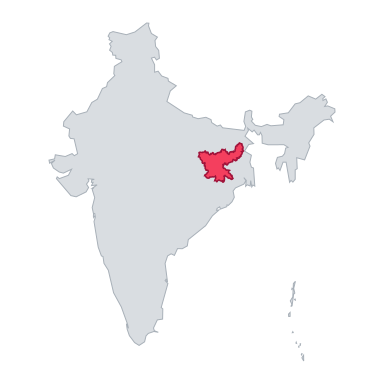 India, with Jharkhand highlighted
{"feature_id": "IND-3256", "entity_name": "Jharkhand", "entity_type": "State", "adm_level": 1, "iso_a3": "IND", "parent_name": "India", "parent_adm1": "", "projection": "natural_earth1", "projection_center": [85.779, 23.655], "detail": "fine", "context": "in_parent", "style": "filled", "palette": "rose", "viewbox_px": 384, "rotation_deg": 0, "n_neighbors": 0, "source": "natural_earth", "source_scale": "10m", "svg_char_len": 9146}
<svg xmlns="http://www.w3.org/2000/svg" viewBox="0 0 384 384"><path d="M49.0,160.1L54.6,158.9L55.3,154.8L65.3,156.5L72.1,153.6L74.3,155.7L77.6,153.7L74.1,138.8L70.4,138.4L68.9,136.0L69.6,128.9L63.4,126.1L63.8,121.7L72.7,111.0L76.4,114.8L86.9,111.8L91.8,102.5L97.4,99.2L102.4,88.5L106.6,86.7L107.5,82.6L114.8,75.6L113.8,73.8L114.4,66.3L121.9,61.7L121.1,59.8L115.9,58.4L115.7,55.3L112.8,55.1L112.4,52.5L109.6,50.2L111.1,46.4L109.5,43.9L112.2,41.3L109.0,39.7L109.7,37.9L108.1,36.2L109.8,32.9L113.0,31.6L126.4,34.7L134.9,32.0L146.6,23.0L148.9,23.2L148.5,25.9L151.4,33.5L157.4,37.1L155.0,40.5L155.6,46.5L158.7,50.4L159.4,58.3L156.5,60.0L154.5,57.2L151.4,58.1L154.6,64.7L154.6,72.2L158.1,71.2L161.7,76.0L168.0,78.4L168.4,81.1L176.3,85.8L170.3,90.9L166.9,101.5L184.2,112.9L192.2,115.2L192.7,117.0L198.1,118.7L205.9,117.3L211.0,119.6L211.7,122.6L217.1,126.1L220.4,125.0L222.6,127.8L244.1,130.4L245.7,126.4L243.9,121.5L245.4,111.9L249.7,110.2L251.9,111.2L251.4,117.0L252.8,119.4L251.3,121.0L255.3,125.3L261.4,126.6L267.0,124.4L270.9,125.8L283.2,124.8L283.9,119.7L279.1,116.5L279.5,114.2L288.3,112.8L295.1,103.9L300.0,102.7L308.2,95.9L315.7,99.1L321.9,94.3L325.0,96.6L322.8,98.6L323.0,100.5L325.9,98.9L327.4,102.3L324.6,106.5L327.7,105.9L334.8,108.8L335.0,112.1L330.6,116.2L333.0,121.8L329.3,119.2L324.0,120.0L313.8,127.9L314.0,134.4L308.7,142.9L310.0,146.1L304.6,159.9L296.7,157.7L297.2,168.7L295.2,169.9L295.2,179.3L292.9,182.1L291.0,180.4L289.6,182.3L286.1,162.2L283.0,162.2L280.0,170.5L278.2,167.9L277.0,169.0L275.5,163.4L277.4,157.4L282.4,156.2L284.6,153.6L285.7,148.1L288.1,147.3L283.9,144.7L268.1,144.8L262.2,143.2L262.0,135.6L260.5,132.4L259.3,134.8L257.6,134.8L254.1,130.1L252.2,131.9L247.7,128.2L248.4,130.5L245.0,136.2L253.5,143.6L248.7,144.5L244.5,151.1L251.4,155.2L249.9,162.3L251.4,167.2L253.5,168.0L254.8,186.1L252.9,185.0L251.8,186.9L250.7,180.6L250.2,186.0L247.2,184.8L245.6,186.3L246.3,180.4L243.8,177.6L245.9,180.6L243.9,184.1L235.5,187.9L233.1,191.0L234.3,197.3L232.0,201.8L228.3,205.4L227.0,204.9L226.8,206.7L220.4,209.1L219.7,206.8L217.1,208.4L216.5,210.3L219.1,209.9L212.4,215.8L205.7,225.6L188.3,239.6L187.3,245.9L182.3,248.7L177.5,248.6L174.4,255.4L171.1,253.8L167.6,255.9L165.1,263.4L167.5,282.0L166.0,279.3L165.1,280.6L167.9,283.5L161.2,307.5L162.8,308.9L162.6,319.1L157.3,319.9L153.5,328.0L154.3,330.7L158.3,332.3L153.9,331.5L148.3,333.4L146.0,335.9L144.6,341.8L139.1,345.4L134.6,342.6L129.4,335.7L127.2,329.3L126.4,323.7L128.5,328.3L127.4,323.8L121.3,306.9L113.6,292.8L108.3,270.2L104.0,263.4L103.0,256.5L101.4,255.9L98.2,247.1L94.0,221.5L95.4,217.0L95.1,215.5L93.7,217.6L93.4,216.3L93.5,213.8L95.3,214.0L93.3,213.0L92.2,207.5L94.7,197.6L92.2,189.4L93.3,188.2L92.1,188.3L97.1,184.9L91.5,185.6L93.1,182.3L91.4,182.3L91.7,180.1L94.3,179.3L88.1,178.8L88.9,180.9L86.5,184.1L88.6,187.5L86.1,191.9L76.2,196.8L70.9,195.6L56.4,178.6L57.2,176.9L59.4,178.6L68.4,175.3L71.6,169.2L63.4,173.1L59.2,172.0L53.4,168.0L51.4,163.5L55.0,160.2L49.6,163.2L49.0,160.1ZM292.2,304.9L290.3,300.9L292.8,296.8L293.4,283.5L295.4,281.3L293.7,288.4L294.8,293.1L293.6,294.3L292.2,304.9ZM303.6,355.2L303.7,361.0L301.9,357.8L303.6,355.2ZM290.1,316.4L288.7,316.5L288.5,314.1L290.1,312.4L290.1,316.4ZM299.0,346.1L298.9,347.8L298.6,346.2L299.0,346.1ZM300.6,343.8L300.1,346.0L300.2,343.7L300.6,343.8ZM302.2,353.2L301.7,355.0L301.3,354.3L302.2,353.2ZM293.2,332.6L292.3,332.7L292.8,331.7L293.2,332.6ZM291.9,305.7L290.9,306.6L291.4,305.2L291.9,305.7ZM295.1,299.0L295.6,300.6L294.5,299.4L295.1,299.0ZM296.6,343.4L295.9,343.1L296.2,342.2L296.6,343.4ZM292.2,288.3L291.7,290.1L292.0,288.2L292.2,288.3Z" fill="#d9dde1" stroke="#a8b0b8" stroke-width="1"/><path d="M198.4,156.8L198.7,156.0L199.1,155.3L199.2,154.8L199.6,154.2L199.1,153.4L199.0,152.9L199.0,152.6L199.4,152.3L200.4,152.2L201.9,152.5L202.5,152.5L202.6,152.4L202.8,152.1L203.0,152.1L203.5,152.2L204.3,152.0L204.5,151.9L204.6,151.7L204.9,151.5L205.0,151.0L205.1,150.9L205.4,151.1L205.7,151.8L206.0,152.7L206.2,152.9L206.4,152.8L206.5,152.4L206.6,152.5L206.6,152.8L206.8,152.8L206.9,152.7L206.9,152.4L207.1,152.3L207.4,152.2L207.6,152.4L207.7,152.2L207.9,152.2L208.1,152.5L208.1,152.9L208.0,153.1L208.5,153.9L209.2,154.4L209.4,154.7L209.7,154.9L210.0,154.8L210.2,154.6L210.3,154.3L210.6,154.1L210.7,153.8L210.9,154.0L211.4,154.0L211.7,153.4L212.8,152.6L213.0,152.7L213.1,153.3L213.5,153.3L213.7,154.1L213.9,154.3L214.4,154.4L214.6,154.3L214.9,154.1L215.5,153.8L215.6,154.3L216.3,153.8L216.3,153.5L216.4,153.4L217.4,153.0L217.5,152.7L218.4,152.6L218.6,152.5L219.1,152.5L219.5,152.5L219.8,152.6L220.2,152.2L220.4,152.0L220.4,151.9L220.8,152.0L221.1,152.0L221.2,151.9L221.3,151.8L221.3,151.3L221.1,150.8L221.4,150.7L221.6,150.4L221.6,150.1L221.7,149.8L221.9,149.4L222.1,149.4L222.9,149.4L223.1,149.5L223.7,150.2L224.2,150.2L224.8,149.7L225.0,149.6L224.9,150.1L225.4,150.2L225.5,150.3L225.6,150.5L225.7,151.4L225.9,151.7L226.1,151.9L226.3,151.9L226.5,151.9L226.8,151.8L227.2,151.9L227.4,152.0L227.5,152.2L227.6,152.6L227.5,152.8L227.3,153.1L227.3,153.3L228.1,153.8L228.7,154.3L228.9,154.4L229.0,154.4L229.1,154.2L229.1,153.8L229.4,153.6L229.4,153.2L229.4,152.8L230.3,151.8L230.6,151.8L231.0,152.1L231.5,152.0L231.7,151.9L231.8,151.6L232.0,151.5L232.3,151.7L232.6,151.9L233.3,152.2L233.3,151.8L233.6,151.4L233.6,151.2L234.0,151.3L234.5,151.6L234.8,151.5L234.9,151.4L234.9,151.2L235.1,150.6L235.1,150.2L235.2,149.7L235.1,149.3L235.6,148.4L235.5,147.0L235.7,146.7L235.9,146.3L236.2,145.9L236.5,145.8L237.0,145.9L237.2,144.9L237.3,144.6L237.7,144.5L237.9,144.4L238.4,144.5L238.5,144.5L238.7,144.0L238.9,143.8L238.9,143.5L239.0,143.3L239.5,142.9L240.0,143.1L240.3,143.5L240.9,143.7L241.1,143.8L241.5,143.7L241.7,143.8L241.9,143.9L242.1,144.2L242.1,144.3L241.9,144.6L242.0,145.5L242.7,146.2L242.8,146.6L243.0,147.4L243.1,147.9L242.9,148.4L242.8,149.2L242.7,149.2L242.4,149.1L242.4,149.4L242.8,149.6L243.0,149.9L243.0,150.3L243.2,150.6L243.0,150.9L243.0,151.0L243.3,151.1L243.1,151.4L242.8,151.6L242.5,151.6L242.1,151.4L241.8,151.5L242.2,151.7L242.1,152.2L242.3,152.6L242.0,153.0L242.1,153.3L242.0,153.5L241.6,154.5L241.2,155.0L240.6,155.3L240.6,155.8L240.8,155.8L240.9,156.1L240.9,156.3L240.3,156.4L240.1,156.8L240.0,157.1L239.8,157.1L239.5,156.8L239.3,156.8L239.2,156.9L239.3,157.8L239.2,157.9L238.9,158.2L238.8,158.3L238.3,158.2L237.8,158.4L237.7,158.4L237.6,158.0L237.5,157.8L236.7,158.0L236.9,158.4L237.0,158.7L237.1,158.9L237.2,159.2L237.1,159.4L236.9,159.6L236.8,160.2L236.6,160.3L236.5,160.0L235.9,159.9L235.8,160.0L236.0,160.4L236.1,160.5L235.7,160.8L235.2,160.6L234.8,160.3L234.6,160.1L234.2,160.1L233.5,159.6L233.2,159.5L233.0,159.9L232.7,160.2L232.6,160.4L232.6,160.7L232.7,161.1L232.6,161.4L232.5,161.7L232.1,161.8L230.9,162.0L229.9,162.5L229.1,162.7L228.6,163.0L228.3,163.2L228.0,163.5L227.9,164.2L227.3,164.9L226.8,165.0L226.4,164.7L225.8,164.4L225.9,163.6L225.9,163.4L225.6,163.4L225.0,163.1L224.7,163.1L224.6,163.3L224.6,163.5L224.7,164.0L223.1,164.4L222.9,164.6L222.8,164.9L223.0,165.2L223.4,165.2L223.6,165.3L223.5,165.6L223.4,166.0L223.1,166.6L222.9,166.9L222.9,167.2L223.0,167.4L223.3,167.7L223.5,168.3L224.0,168.1L224.4,168.2L224.6,168.3L224.8,168.4L226.0,169.9L226.3,170.2L226.7,170.0L227.2,170.0L227.7,170.1L229.0,170.2L229.6,170.4L229.5,170.5L228.9,170.7L228.6,171.0L228.7,171.3L228.6,171.7L228.5,172.6L228.5,172.8L229.1,173.2L229.5,173.3L229.8,173.4L230.4,174.0L230.5,174.6L230.6,174.9L230.9,175.0L231.5,175.1L231.9,175.4L232.1,175.8L232.1,176.0L231.7,176.0L231.7,176.5L231.8,176.6L232.2,176.9L232.4,177.1L232.5,177.9L233.0,178.4L233.0,178.5L232.8,178.6L232.2,178.7L232.2,179.1L231.8,179.1L231.4,179.4L231.0,179.2L230.5,178.8L229.5,178.1L229.3,178.1L228.9,178.2L228.6,178.2L228.2,178.1L227.9,177.8L227.6,177.3L227.5,177.2L225.6,176.1L225.2,175.6L225.0,175.4L224.8,175.5L224.6,175.9L224.3,176.0L224.0,176.1L224.0,176.5L224.4,177.2L224.5,178.1L224.5,178.5L224.2,178.9L224.2,179.1L224.5,179.6L224.5,179.8L224.3,180.4L224.3,180.8L223.8,181.7L223.4,182.0L223.0,182.2L222.5,181.9L222.4,181.7L222.4,181.2L222.6,180.7L222.1,180.8L221.4,181.1L220.2,180.7L219.1,180.1L218.8,180.1L217.9,180.5L217.0,181.6L216.9,181.7L216.6,181.3L215.7,180.7L215.2,180.6L214.7,180.7L215.1,179.5L215.6,178.6L215.7,178.1L215.7,177.4L215.6,176.7L215.4,176.1L214.6,176.7L214.2,176.8L213.9,177.0L213.5,176.9L212.8,176.7L212.4,176.8L212.1,177.0L209.9,177.0L209.8,177.5L209.0,178.1L207.9,178.2L207.1,177.8L206.6,177.7L206.3,177.4L206.1,177.0L205.5,176.1L204.9,175.7L204.6,175.7L204.8,175.1L205.0,174.9L205.4,174.5L205.9,174.4L206.7,173.7L206.9,173.6L207.1,172.8L207.4,172.6L208.2,171.9L208.3,171.6L208.3,171.4L208.1,170.8L208.1,170.6L208.0,170.4L207.6,170.2L207.0,170.3L206.4,169.9L206.3,170.3L206.2,170.3L205.9,170.1L205.7,169.2L205.3,168.8L205.2,168.5L205.1,168.0L205.2,167.5L205.3,166.6L205.2,166.0L205.0,165.7L204.9,165.7L204.5,166.0L204.4,166.0L204.3,165.7L204.4,164.6L204.9,163.9L205.0,163.7L204.9,163.2L204.8,162.7L204.6,162.7L204.1,162.9L204.1,163.0L204.1,163.4L204.1,163.6L203.4,163.3L202.8,163.3L202.5,163.2L202.4,162.9L202.1,162.3L202.1,162.1L202.3,161.5L202.1,160.8L200.5,159.2L200.4,159.0L200.2,158.5L200.2,157.8L200.2,157.6L199.5,157.0L198.9,157.0L198.4,156.8Z" fill="#f43f5e" stroke="#9f1239" stroke-width="1.5"/></svg>